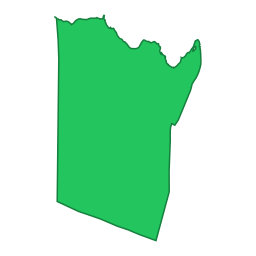 Anoamaa West, Atua, Samoa
{"feature_id": "51752279B84005486161321", "entity_name": "Anoamaa West", "entity_type": "district", "adm_level": 2, "iso_a3": "WSM", "parent_name": "Samoa", "parent_adm1": "Atua", "projection": "equal_earth", "projection_center": [-171.642, -13.913], "detail": "fine", "context": "isolated", "style": "filled", "palette": "green", "viewbox_px": 256, "rotation_deg": 0, "n_neighbors": 0, "source": "geoboundaries", "source_scale": "gbopen_adm2", "svg_char_len": 2892}
<svg xmlns="http://www.w3.org/2000/svg" viewBox="0 0 256 256"><path d="M57.2,201.5L78.7,211.5L99.5,218.6L117.6,226.3L128.1,229.8L133.5,232.1L140.0,234.8L156.0,240.6L169.2,191.8L169.1,171.4L170.3,139.1L170.2,135.7L170.3,130.4L170.6,127.2L171.8,123.6L174.8,125.2L178.3,120.0L181.2,113.0L190.5,90.4L191.1,88.2L192.2,83.7L192.7,83.1L194.5,80.1L195.8,78.3L197.6,74.8L198.8,71.9L200.1,67.5L200.8,64.3L200.9,60.8L200.6,52.5L200.3,49.1L200.0,49.0L200.0,47.7L199.7,47.1L200.1,46.7L199.5,46.2L199.5,45.0L199.9,44.4L199.5,43.1L199.2,41.7L198.6,40.7L197.8,39.7L197.2,39.9L196.3,40.5L195.6,40.7L195.1,41.4L194.5,43.5L194.2,44.1L193.7,45.8L193.3,46.6L193.0,47.7L193.0,48.2L193.6,48.3L194.0,47.9L194.4,46.7L194.6,46.4L195.4,46.5L195.8,47.1L195.9,48.2L195.4,49.2L193.8,50.8L193.0,51.3L192.7,50.9L193.3,49.6L192.5,47.9L191.7,48.9L190.5,50.7L190.2,51.5L189.3,52.7L188.5,52.4L188.1,52.5L187.2,53.2L186.6,53.8L185.7,55.6L184.8,56.5L184.1,57.1L182.1,58.0L181.2,57.5L181.3,58.8L180.9,59.9L180.5,61.9L179.1,63.5L178.1,64.3L177.4,65.3L176.8,65.8L174.9,67.4L173.7,67.3L173.4,67.9L173.0,67.5L171.7,67.2L170.8,66.6L168.8,65.5L168.2,64.9L168.4,64.5L167.9,64.2L167.7,64.3L166.8,63.1L166.3,62.8L166.3,62.1L166.1,61.2L166.1,60.5L165.7,60.0L165.2,58.4L165.0,57.4L165.5,57.2L165.3,56.3L164.9,56.4L163.8,55.3L163.2,54.9L162.7,54.6L161.4,52.6L160.9,52.5L160.8,53.1L161.5,53.9L161.4,54.3L160.8,54.1L160.5,53.6L160.6,52.4L159.9,51.9L159.7,51.2L159.8,50.2L160.3,48.9L160.4,47.5L160.1,46.7L159.4,46.4L158.8,45.6L158.6,44.1L158.4,43.7L157.8,43.6L157.1,43.8L156.8,43.8L156.1,43.0L155.3,42.1L154.8,41.8L154.1,41.6L153.4,41.8L152.5,42.3L151.2,42.8L150.5,42.4L149.8,42.4L149.4,42.0L148.6,41.4L147.9,41.5L146.8,41.4L145.7,40.8L144.8,40.2L143.8,40.0L143.3,40.2L141.4,42.6L141.1,43.2L140.8,44.0L140.2,44.9L139.7,45.9L139.5,46.5L138.3,47.7L137.2,48.3L135.2,48.7L132.5,48.6L131.5,48.5L130.4,48.1L129.2,47.2L126.6,43.6L125.6,43.0L125.1,42.0L123.4,41.6L122.2,39.7L121.6,39.2L120.0,38.6L119.1,37.9L118.1,36.4L117.4,35.7L116.3,32.5L115.4,31.4L114.8,30.6L113.8,28.7L113.3,28.3L112.8,28.6L111.9,28.6L111.7,28.3L111.3,28.5L110.5,28.4L110.4,27.7L110.0,28.1L109.7,27.9L108.8,28.0L108.2,27.3L107.3,25.9L106.4,24.8L105.8,22.9L105.1,21.8L104.9,20.8L105.2,20.3L104.1,18.9L103.8,18.0L104.1,17.3L104.1,16.6L104.4,15.7L104.2,15.4L103.8,15.4L103.4,16.5L102.9,18.3L102.6,18.7L102.1,18.9L100.5,18.9L98.5,18.4L96.9,17.6L96.2,18.3L94.5,18.0L93.2,18.4L91.8,18.1L90.9,18.1L90.7,18.2L88.9,18.7L87.3,19.4L86.5,19.6L85.9,19.6L85.0,19.4L83.5,19.5L82.0,19.1L80.7,19.0L80.1,18.7L79.2,19.0L78.3,19.0L77.9,19.3L76.4,20.2L75.7,20.7L74.7,21.7L73.7,23.2L72.8,23.9L71.6,24.0L71.5,24.5L70.8,23.9L69.5,22.7L69.0,22.2L67.3,21.3L66.6,21.3L65.1,21.3L63.6,21.6L61.8,20.6L61.3,19.9L60.7,19.8L60.0,19.9L59.1,19.8L58.4,19.1L57.9,19.3L57.6,19.2L56.1,17.6L55.1,17.1L55.1,17.4L55.9,17.7L56.5,18.4L58.1,39.5L58.8,58.7L57.2,201.5Z" fill="#22c55e" stroke="#15803d" stroke-width="1.5"/></svg>